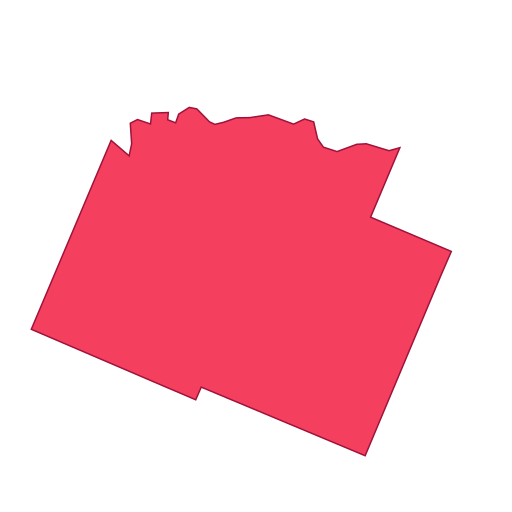 the district of Burleigh, North Dakota, United States of America, rotated 113°
{"feature_id": "52423323B75133574344854", "entity_name": "Burleigh", "entity_type": "district", "adm_level": 2, "iso_a3": "USA", "parent_name": "United States of America", "parent_adm1": "North Dakota", "projection": "orthographic", "projection_center": [-100.714, 46.981], "detail": "fine", "context": "isolated", "style": "filled", "palette": "rose", "viewbox_px": 512, "rotation_deg": 113, "n_neighbors": 0, "source": "geoboundaries", "source_scale": "gbopen_adm2", "svg_char_len": 635}
<svg xmlns="http://www.w3.org/2000/svg" viewBox="0 0 512 512"><g transform="rotate(113 256 256)"><path d="M397.2,77.5L202.0,78.2L175.5,78.0L175.5,165.7L100.1,165.9L107.1,174.7L109.6,198.3L113.8,206.9L128.2,222.2L129.5,236.5L124.1,245.1L110.0,255.3L110.9,264.8L119.9,272.9L121.2,299.7L131.1,315.9L136.0,327.0L137.0,328.7L145.6,338.1L150.9,345.3L150.7,351.2L143.7,368.0L145.3,375.5L155.6,382.6L164.8,382.0L165.1,390.5L158.2,392.8L165.2,407.8L175.7,404.7L176.7,418.4L182.9,423.6L201.3,414.3L213.4,411.9L206.2,434.5L411.3,434.2L411.8,300.1L411.9,255.3L398.1,255.2L397.2,77.5Z" fill="#f43f5e" stroke="#9f1239" stroke-width="1.5"/></g></svg>